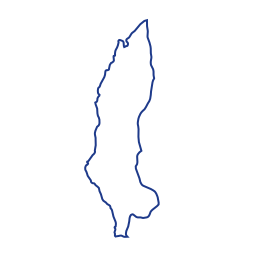 map outline of Amazonas (Robinson projection), rotated 6°
{"feature_id": "PER-584", "entity_name": "Amazonas", "entity_type": "Department", "adm_level": 1, "iso_a3": "PER", "parent_name": "Peru", "parent_adm1": "", "projection": "robinson", "projection_center": [-78.131, -4.99], "detail": "fine", "context": "isolated", "style": "outline", "palette": "blue", "viewbox_px": 256, "rotation_deg": 6, "n_neighbors": 0, "source": "natural_earth", "source_scale": "10m", "svg_char_len": 3773}
<svg xmlns="http://www.w3.org/2000/svg" viewBox="0 0 256 256"><g transform="rotate(6 128 128)"><path d="M115.8,47.9L116.4,47.6L117.2,46.9L118.0,46.7L118.8,46.3L119.2,45.2L119.1,43.7L118.5,42.9L117.7,42.3L117.2,41.4L117.2,40.2L117.8,39.4L119.5,38.0L120.1,37.0L121.6,33.8L122.2,33.0L124.5,30.8L129.4,23.5L132.9,20.0L133.8,19.5L135.6,18.8L136.3,24.7L137.4,28.9L137.6,29.9L137.8,34.4L137.9,35.3L138.1,36.0L140.4,40.7L141.8,44.4L142.3,46.5L142.9,51.3L143.8,54.6L143.9,55.4L143.9,56.2L143.8,57.5L143.7,59.3L143.8,60.7L144.0,61.8L144.2,62.6L144.4,63.1L146.5,66.4L146.9,67.1L147.3,68.4L147.5,69.2L147.9,72.7L148.3,74.2L148.5,74.9L148.8,75.7L148.7,76.3L148.0,77.9L147.6,80.0L147.1,89.3L147.2,92.7L147.0,96.6L146.6,98.2L146.3,99.2L145.2,101.4L143.7,105.2L142.5,107.6L142.2,108.0L141.5,108.7L140.6,109.8L139.7,111.0L138.9,112.5L137.8,115.7L137.4,117.6L137.2,120.4L137.2,121.9L137.3,122.9L137.5,123.7L138.0,125.3L138.6,128.0L139.3,135.7L140.3,140.8L143.7,149.3L141.9,151.0L140.5,153.2L140.2,154.2L140.1,154.9L140.1,155.6L140.9,160.8L140.9,161.8L140.8,163.0L140.5,163.7L139.7,165.3L140.1,167.6L144.7,177.0L145.9,180.4L147.1,182.2L147.8,183.0L149.1,183.8L151.0,184.4L157.1,186.3L159.6,187.4L161.2,188.3L162.0,189.1L163.0,190.4L164.2,192.6L164.8,193.9L165.1,195.0L166.3,199.1L166.4,200.9L165.1,202.6L160.9,206.7L160.0,207.8L159.4,208.7L159.1,209.5L158.7,211.2L158.4,212.2L157.8,213.5L157.0,214.4L156.1,214.9L152.9,215.8L152.1,215.9L150.7,215.7L149.7,215.6L147.2,215.9L146.4,215.8L145.6,215.6L144.9,215.2L143.5,214.3L142.2,213.5L141.3,213.4L140.0,214.2L139.7,214.8L139.3,215.7L139.0,217.5L139.0,220.6L138.5,225.9L137.1,230.6L137.0,232.3L137.0,233.5L137.2,234.3L137.6,235.0L138.0,235.5L138.8,236.2L136.1,236.6L135.0,236.5L133.6,236.0L132.6,235.7L131.7,235.8L131.0,236.0L129.9,236.4L127.9,236.9L127.0,237.2L126.3,236.6L126.2,236.0L126.1,234.6L125.5,233.2L125.7,232.0L126.0,230.8L126.0,229.9L125.8,229.4L125.2,228.7L125.1,228.4L125.2,227.8L125.6,227.6L125.9,227.4L126.0,227.1L126.0,224.7L125.8,223.6L125.4,222.5L122.8,217.6L120.8,211.8L120.3,210.8L119.0,209.5L119.0,209.2L118.5,207.8L118.2,207.3L117.5,206.8L115.3,205.8L113.8,204.4L111.1,202.9L109.9,201.4L108.0,196.7L106.3,193.8L105.6,191.6L105.2,190.6L103.9,189.6L101.7,188.2L100.7,187.0L100.1,186.6L99.8,186.6L99.2,186.6L98.7,186.6L98.1,186.4L97.4,186.0L97.1,185.7L96.9,185.4L96.8,185.2L96.6,184.3L96.5,184.0L96.2,183.6L93.1,180.0L92.7,179.3L91.9,177.3L91.6,176.8L91.3,176.1L91.1,175.7L90.1,174.3L89.8,173.5L89.6,171.9L89.7,171.2L90.0,170.1L90.2,169.8L90.3,169.5L90.5,169.3L90.7,169.1L91.2,168.9L91.3,168.8L91.4,168.7L92.0,167.7L92.0,167.4L91.9,167.1L91.7,167.0L91.2,166.7L91.0,166.4L90.9,166.0L91.0,165.7L91.8,165.3L92.0,165.1L92.2,164.8L93.3,162.9L93.4,162.7L95.7,158.6L96.0,158.3L96.2,158.1L97.0,157.1L97.5,156.1L97.6,155.6L97.7,155.3L97.6,154.7L97.4,154.3L97.4,153.4L97.7,148.5L97.0,143.0L96.8,141.2L95.9,138.3L95.7,137.4L95.6,136.5L95.7,135.5L95.9,134.1L97.1,130.1L97.4,129.7L98.2,129.0L98.6,128.4L99.0,127.4L99.1,126.6L99.1,125.8L98.7,122.8L98.5,122.2L97.9,120.7L96.8,119.0L96.1,116.8L95.3,111.9L93.4,108.0L92.8,106.1L94.1,105.2L94.5,104.3L94.6,103.2L94.5,102.2L94.7,101.2L95.3,99.9L96.1,98.9L96.2,98.0L95.1,97.2L94.5,96.2L94.1,94.2L94.1,92.2L94.4,91.1L95.3,90.2L95.7,89.2L96.2,86.8L99.1,79.9L99.6,77.5L99.6,74.3L99.8,73.4L100.3,72.9L100.8,72.7L101.4,72.7L102.0,72.5L102.7,72.0L102.9,71.8L102.9,71.4L103.3,67.4L103.7,66.4L104.2,65.4L104.4,65.1L105.0,64.8L105.4,64.5L106.6,63.3L106.9,62.2L106.2,58.7L106.2,58.0L106.3,57.8L106.5,57.7L107.1,57.6L107.5,57.3L107.5,56.7L107.3,55.6L107.3,53.7L107.4,52.6L107.7,51.5L108.6,49.4L108.7,49.1L109.3,46.9L109.6,44.6L109.7,44.0L109.4,42.9L109.3,42.6L109.8,41.6L110.6,41.3L111.6,41.5L113.7,42.1L114.3,42.7L114.7,43.5L115.3,46.9L115.8,47.9Z" fill="none" stroke="#1e3a8a" stroke-width="2"/></g></svg>